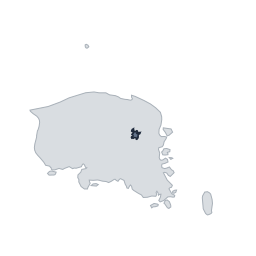 location of Goryeong-gun, North Gyeongsang, South Korea, rotated 282°
{"feature_id": "91817680B88985387415210", "entity_name": "Goryeong-gun", "entity_type": "district", "adm_level": 2, "iso_a3": "KOR", "parent_name": "South Korea", "parent_adm1": "North Gyeongsang", "projection": "mercator", "projection_center": [128.316, 35.727], "detail": "fine", "context": "in_parent", "style": "filled", "palette": "slate", "viewbox_px": 256, "rotation_deg": 282, "n_neighbors": 0, "source": "geoboundaries", "source_scale": "gbopen_adm2", "svg_char_len": 4332}
<svg xmlns="http://www.w3.org/2000/svg" viewBox="0 0 256 256"><g transform="rotate(282 128 128)"><path d="M73.4,60.3L74.3,59.5L74.4,58.5L74.4,55.2L77.0,52.8L80.7,48.0L82.5,45.4L84.6,42.9L87.0,41.3L89.3,40.5L93.0,40.2L100.1,40.5L101.5,40.2L106.4,40.0L107.6,40.4L111.2,40.7L115.2,40.4L117.2,39.7L119.0,38.4L120.6,36.3L122.3,32.2L124.1,29.0L125.1,28.4L132.4,45.4L139.3,56.3L145.3,64.2L153.7,79.3L156.2,87.3L156.4,92.3L157.8,99.1L156.6,103.0L157.0,109.1L156.4,112.3L155.4,114.6L155.4,119.1L155.7,121.4L155.7,124.6L156.4,125.8L157.4,126.3L158.9,125.1L160.8,124.6L160.4,128.4L158.2,138.0L156.2,144.9L153.5,150.9L150.1,156.4L146.0,158.6L143.1,159.3L137.7,159.6L133.1,158.7L129.2,159.3L127.6,160.5L126.5,162.4L127.3,165.5L127.2,167.7L125.5,167.5L122.2,166.2L118.5,166.1L116.8,165.4L115.1,162.2L113.3,162.3L110.2,164.2L105.5,164.7L103.9,165.7L103.3,167.0L104.0,168.7L106.3,170.9L105.5,173.1L103.1,174.2L101.1,171.5L99.8,168.8L98.4,168.7L96.3,169.4L95.9,172.3L96.9,174.3L98.5,176.6L96.2,179.2L95.6,181.1L93.9,182.4L89.4,179.4L90.1,177.3L92.0,175.3L92.3,173.1L91.6,171.9L85.2,177.2L81.2,183.3L79.1,182.9L78.2,181.3L77.0,180.7L72.7,184.6L71.9,187.7L70.3,187.8L69.7,186.5L69.6,183.7L68.9,181.3L64.4,177.9L62.4,174.8L63.5,173.2L67.2,174.1L70.1,174.0L69.6,172.5L68.6,171.8L70.6,171.0L72.2,169.4L70.8,168.9L68.8,169.9L67.0,169.4L66.4,165.4L64.3,161.4L63.2,157.4L65.3,155.1L66.3,151.6L68.2,146.4L69.2,144.8L71.8,143.6L72.8,142.2L71.3,141.5L69.0,140.9L69.1,139.4L70.7,138.6L72.4,137.0L75.9,135.0L76.9,131.2L75.9,130.2L73.8,129.3L74.3,127.4L75.2,126.0L74.8,125.1L72.3,122.6L70.6,120.4L71.1,117.8L70.7,113.9L70.9,110.7L70.8,108.9L69.6,104.9L69.0,100.9L67.4,101.5L66.1,102.5L61.4,101.1L59.9,101.0L59.3,98.0L61.0,94.3L65.0,91.1L67.3,90.7L69.0,89.2L71.7,88.8L75.0,91.0L77.9,91.4L79.5,95.2L80.5,96.0L80.7,94.6L83.0,93.0L83.6,91.8L83.1,91.1L80.4,90.4L77.9,85.7L77.6,83.6L76.7,82.3L78.0,78.5L75.2,74.2L73.9,72.8L74.1,68.9L72.6,66.4L71.8,65.1L71.3,62.7L71.7,61.6L73.0,61.2L73.4,60.3ZM64.3,226.8L62.9,227.6L61.7,227.1L61.3,226.7L59.9,224.7L59.5,223.7L60.5,221.7L64.6,218.4L75.2,215.2L77.1,215.1L81.3,216.4L82.2,219.0L81.5,221.2L80.5,222.6L75.6,225.1L71.8,226.3L64.3,226.8ZM136.0,170.3L133.2,172.5L129.4,169.6L128.5,167.9L131.4,165.5L133.9,162.7L135.5,162.5L136.0,170.3ZM116.0,170.0L115.6,173.6L113.5,173.8L112.3,171.5L110.9,172.6L110.2,172.6L109.2,169.8L109.0,167.6L111.5,165.9L113.0,166.9L115.1,167.4L116.0,170.0ZM61.5,185.8L59.6,186.3L58.5,185.1L57.8,184.8L58.2,183.1L61.3,179.9L61.9,178.8L64.8,179.5L65.8,181.2L64.5,183.8L61.5,185.8ZM70.0,61.9L69.9,66.9L68.2,66.7L67.1,66.2L66.6,65.2L65.5,60.6L66.8,58.7L69.2,60.2L70.0,61.9ZM59.7,172.8L59.3,173.6L58.0,173.4L56.6,170.9L56.1,168.9L54.8,167.8L56.9,166.1L59.6,169.2L59.7,172.8ZM67.0,108.3L66.5,110.7L64.6,109.1L64.0,103.9L66.0,105.4L67.0,108.3ZM200.7,71.6L199.3,72.8L197.7,71.6L197.5,70.5L198.4,69.4L200.3,68.8L201.2,69.7L200.7,71.6ZM76.9,186.7L77.4,188.4L75.0,188.1L73.7,186.5L73.9,185.1L75.4,184.9L76.9,186.7ZM108.0,177.0L107.7,178.1L106.2,176.4L107.7,174.5L108.0,177.0Z" fill="#d9dde1" stroke="#a8b0b8" stroke-width="1"/><path d="M128.3,133.4L128.1,133.2L127.7,132.6L127.2,132.5L126.9,132.4L126.7,132.2L126.0,132.2L125.7,132.2L125.5,132.6L125.2,133.2L125.2,133.7L125.0,134.1L124.8,134.4L124.4,134.4L124.1,134.3L123.8,134.1L123.5,133.8L123.2,133.5L122.9,133.3L122.6,133.1L122.4,133.2L122.3,133.7L122.3,134.0L122.1,134.2L121.8,134.4L121.6,134.6L121.2,134.7L120.8,134.6L120.4,134.4L120.4,134.0L120.4,133.7L120.2,133.4L119.8,133.3L119.5,133.3L119.2,133.6L118.9,133.8L119.1,134.0L119.3,134.2L119.4,134.5L119.2,134.6L119.0,134.8L118.9,135.0L119.0,135.3L119.4,135.6L119.6,135.9L120.0,136.3L120.1,136.8L120.1,137.3L120.1,137.7L119.7,138.2L119.5,138.3L118.8,138.4L118.7,138.8L118.8,139.1L119.2,139.2L119.7,139.2L120.1,139.7L120.6,139.9L120.9,139.8L121.2,139.3L121.7,139.7L122.1,139.7L122.5,139.5L123.2,139.3L123.6,139.5L124.0,139.7L124.3,139.7L124.5,140.3L124.7,140.6L125.1,140.8L126.0,140.9L125.7,140.5L125.9,140.3L126.0,139.9L125.9,139.6L125.5,139.3L125.0,139.0L124.7,138.7L124.4,138.0L124.6,137.6L125.3,137.7L125.5,137.9L126.0,138.0L126.7,137.9L127.1,137.6L126.9,137.0L127.0,136.8L126.6,136.5L126.2,136.4L125.8,136.0L125.7,135.6L125.8,135.3L126.1,135.0L126.1,134.3L126.2,133.9L126.6,133.9L127.0,134.0L127.8,133.8L128.1,133.7L128.2,133.4L128.3,133.4Z" fill="#64748b" stroke="#1e293b" stroke-width="1.5"/></g></svg>